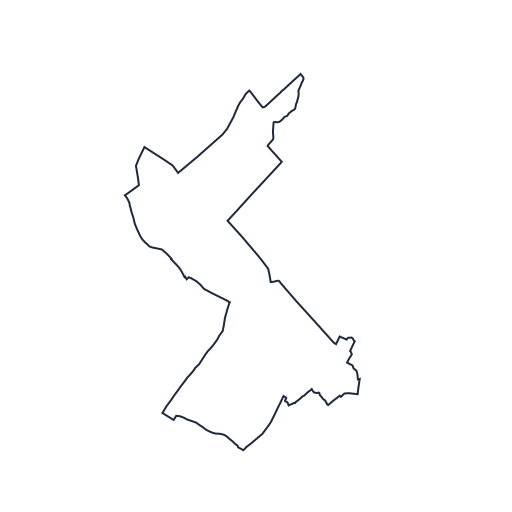 the district of San Damián Texóloc, Tlaxcala, Mexico, rotated 21°
{"feature_id": "50627088B38103366804835", "entity_name": "San Damián Texóloc", "entity_type": "district", "adm_level": 2, "iso_a3": "MEX", "parent_name": "Mexico", "parent_adm1": "Tlaxcala", "projection": "orthographic", "projection_center": [-98.295, 19.291], "detail": "fine", "context": "isolated", "style": "outline", "palette": "slate", "viewbox_px": 512, "rotation_deg": 21, "n_neighbors": 0, "source": "geoboundaries", "source_scale": "gbopen_adm2", "svg_char_len": 5466}
<svg xmlns="http://www.w3.org/2000/svg" viewBox="0 0 512 512"><g transform="rotate(21 256 256)"><path d="M224.9,436.1L237.9,438.6L238.8,433.8L240.4,433.4L241.7,433.0L243.8,432.8L246.2,432.8L250.5,433.3L255.2,433.1L260.0,433.0L262.8,433.8L264.9,434.3L268.2,435.0L270.6,435.8L273.4,436.3L276.0,436.5L279.6,436.6L282.5,436.1L284.9,435.2L287.8,434.6L290.7,434.4L293.4,435.0L298.7,436.9L300.4,437.4L304.3,439.1L305.1,439.2L305.8,439.3L307.3,440.1L307.5,440.7L308.5,441.1L311.9,441.5L313.7,441.9L314.3,440.8L315.5,437.7L316.8,435.6L318.7,432.5L325.7,419.7L326.8,415.7L328.7,409.0L328.9,408.0L329.4,405.8L329.8,401.2L330.1,398.6L330.6,392.1L330.6,391.8L331.4,383.5L331.5,381.8L331.9,376.9L335.0,377.5L335.1,378.0L335.2,378.4L335.2,378.8L335.0,379.3L334.9,380.3L334.9,380.6L335.0,380.9L335.2,381.0L335.5,381.1L335.8,381.1L336.1,381.1L336.7,381.1L337.1,381.2L337.8,381.5L338.4,382.0L338.8,382.4L339.5,383.2L340.0,383.8L340.9,382.8L341.8,382.0L342.7,381.2L343.4,380.4L343.8,379.8L344.5,379.7L345.1,379.4L345.3,378.9L345.3,378.2L345.7,377.6L346.5,376.5L347.1,375.3L347.8,374.4L348.5,372.9L349.0,372.1L349.3,371.3L349.6,370.5L350.7,369.5L351.4,368.4L352.1,366.8L352.9,365.1L353.6,363.9L354.1,363.1L354.8,362.0L355.4,360.9L355.7,360.3L356.3,360.9L356.6,361.0L357.2,361.5L358.5,362.3L358.9,362.5L359.5,362.5L360.4,362.4L361.3,362.3L362.1,362.1L362.7,361.5L363.1,361.2L363.5,361.0L363.9,361.1L364.5,361.6L365.0,362.4L365.8,363.1L367.3,363.9L368.6,364.6L369.4,365.2L370.2,365.5L371.4,365.9L372.2,366.0L372.6,366.3L373.4,367.0L373.6,367.3L374.3,367.8L375.4,368.8L375.9,369.1L376.2,369.2L376.7,369.3L376.8,369.3L376.9,369.1L379.8,363.7L384.3,356.4L385.7,357.0L387.8,352.7L389.5,351.9L390.5,351.4L393.6,350.3L393.9,350.3L396.1,349.7L397.4,349.4L398.4,349.1L400.4,348.6L399.8,346.4L398.5,341.0L396.9,333.7L396.7,333.9L395.4,334.7L394.8,333.5L393.7,331.3L392.4,329.0L390.7,327.0L387.4,326.0L387.0,325.5L386.4,324.8L385.4,323.6L379.2,322.9L379.6,319.1L380.7,313.5L378.7,311.3L377.9,310.9L377.9,310.7L378.7,300.5L378.7,300.2L378.2,300.1L377.5,299.8L377.0,299.3L376.7,298.9L375.7,298.3L374.9,298.0L374.4,297.9L374.1,298.1L371.4,299.3L371.1,299.7L370.9,300.2L370.7,300.7L370.6,301.0L370.6,301.5L370.3,301.5L363.0,301.2L362.3,309.2L362.3,309.6L361.8,309.5L361.1,309.4L360.2,309.1L358.9,308.7L357.0,307.7L355.8,307.1L349.4,303.8L348.0,303.1L345.8,302.0L343.3,300.7L340.5,299.2L340.4,299.2L339.9,298.9L337.6,297.8L334.2,296.0L329.9,293.9L327.1,292.4L326.0,291.9L324.9,291.3L320.3,289.0L318.1,287.9L317.9,287.8L314.8,286.3L314.1,285.9L310.7,284.2L303.4,280.3L298.4,277.6L296.4,276.6L294.0,275.3L290.7,273.4L289.2,272.7L287.3,271.5L286.5,271.1L285.9,271.1L285.1,271.3L284.6,271.7L283.5,272.4L282.5,273.1L281.6,273.8L280.9,274.2L279.1,275.1L277.4,272.2L274.1,266.7L272.9,265.1L272.5,264.5L272.1,263.7L264.0,258.6L257.6,254.8L256.6,254.3L236.1,243.1L216.8,233.3L221.4,221.9L229.6,200.7L245.8,160.3L246.2,158.7L245.6,158.5L244.7,158.0L242.6,157.0L241.0,156.2L237.6,154.3L235.3,153.2L233.3,152.2L231.2,151.1L229.3,150.1L228.0,149.4L227.9,149.4L227.5,149.2L227.6,147.8L229.2,143.6L230.0,141.4L230.1,140.5L229.6,138.8L227.9,135.3L227.1,133.4L226.0,129.7L224.9,126.2L224.6,125.0L224.7,124.6L225.0,124.4L227.1,123.7L228.3,123.3L229.0,122.9L229.6,122.4L230.4,121.4L231.2,120.0L231.8,118.7L232.1,117.6L232.6,116.4L233.0,115.8L233.5,115.2L233.9,114.9L234.5,114.5L234.9,113.9L235.2,112.7L235.6,111.1L236.5,109.4L237.3,108.1L238.0,107.1L238.8,106.2L239.2,105.6L239.5,105.0L239.7,104.0L239.4,102.4L239.1,100.9L239.0,100.1L239.0,98.7L239.1,97.2L238.9,96.6L238.8,96.0L238.7,94.4L238.6,92.9L238.4,91.8L238.2,91.0L237.9,89.9L237.4,88.7L237.2,88.2L237.0,87.8L236.6,87.3L236.5,86.7L236.4,86.0L236.4,84.9L236.5,83.4L236.6,81.6L236.6,79.8L236.6,78.4L236.7,77.1L236.9,76.2L236.9,74.9L236.9,73.8L236.7,73.3L236.5,72.7L235.7,72.1L234.5,71.3L233.4,70.7L232.3,70.1L231.6,71.9L230.4,74.2L227.9,79.1L227.1,80.8L224.8,85.3L222.4,90.3L220.7,93.2L220.2,94.8L218.2,98.6L215.3,104.5L212.5,110.3L210.9,113.4L208.9,114.9L202.2,111.0L196.9,107.7L191.6,104.5L190.4,104.0L188.4,108.1L187.4,114.1L186.2,118.0L185.5,122.6L185.5,124.8L185.2,129.0L185.2,134.1L184.6,138.8L183.4,147.9L181.1,154.8L165.6,184.6L153.5,206.3L145.7,201.4L136.5,199.2L112.8,194.3L111.7,207.7L111.6,214.8L117.9,225.5L121.3,231.9L119.5,234.7L113.5,243.9L111.8,246.3L113.1,247.0L115.3,248.5L117.5,250.5L119.1,252.2L119.8,253.7L120.0,254.0L122.2,256.9L123.9,259.4L125.0,260.8L127.1,263.3L128.2,264.8L129.0,266.0L130.3,267.9L130.7,268.5L131.2,269.1L132.2,270.3L135.9,274.2L137.6,275.8L140.3,278.4L140.7,278.8L144.0,281.3L146.6,282.5L146.8,282.6L147.4,283.0L147.6,283.1L149.8,283.8L151.6,284.7L153.5,285.3L156.2,285.2L162.8,284.1L165.1,283.7L166.3,283.8L171.4,285.7L174.0,286.8L176.1,287.9L178.2,288.9L178.3,289.0L178.0,289.5L178.8,289.8L179.2,290.0L180.7,290.7L181.1,290.9L182.3,291.5L182.9,291.8L184.3,292.4L184.9,292.7L185.9,293.2L187.0,293.7L187.8,294.2L189.0,294.8L190.0,295.5L190.6,295.9L191.7,296.9L192.4,297.4L193.0,297.9L195.0,299.7L196.8,301.3L197.2,300.6L199.6,302.6L199.8,302.2L200.9,299.9L203.4,300.0L209.3,300.9L214.3,302.7L219.1,305.3L219.7,305.5L220.5,305.5L228.5,306.5L246.3,308.2L246.8,308.6L248.1,308.6L248.0,309.3L248.2,314.0L248.6,318.6L249.2,325.0L250.8,332.2L251.8,338.0L250.3,343.5L249.8,347.9L247.6,355.9L245.0,362.5L243.9,366.7L241.7,377.4L239.3,382.4L238.9,384.8L237.4,389.3L235.5,394.0L234.2,398.9L233.2,402.2L232.3,405.2L231.5,408.6L229.7,415.0L228.4,420.7L226.2,428.7L224.9,436.1Z" fill="none" stroke="#1e293b" stroke-width="2"/></g></svg>